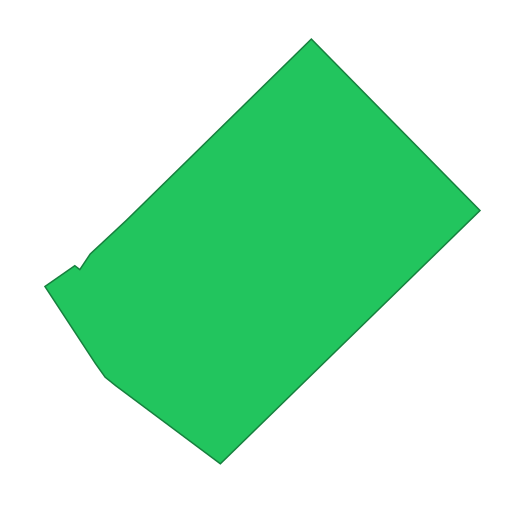 Riyadh, Nouakchott, Mauritania, rotated 316°
{"feature_id": "47542326B18524078593640", "entity_name": "Riyadh", "entity_type": "district", "adm_level": 2, "iso_a3": "MRT", "parent_name": "Mauritania", "parent_adm1": "Nouakchott", "projection": "orthographic", "projection_center": [-15.955, 18.004], "detail": "fine", "context": "isolated", "style": "filled", "palette": "green", "viewbox_px": 512, "rotation_deg": 316, "n_neighbors": 0, "source": "geoboundaries", "source_scale": "gbopen_adm2", "svg_char_len": 309}
<svg xmlns="http://www.w3.org/2000/svg" viewBox="0 0 512 512"><g transform="rotate(316 256 256)"><path d="M83.0,131.3L65.8,221.8L63.3,238.4L65.0,251.9L86.0,380.7L448.7,378.9L446.5,138.4L187.0,140.3L138.2,139.4L119.8,143.4L118.9,137.1L83.0,131.3Z" fill="#22c55e" stroke="#15803d" stroke-width="1.5"/></g></svg>